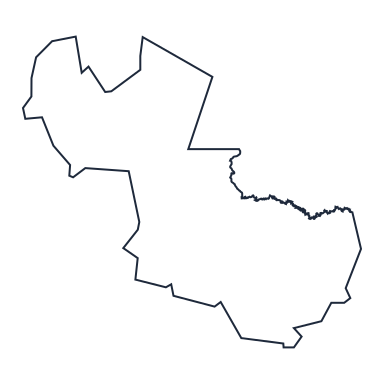 Akobo, Jonglei, South Sudan (orthographic projection)
{"feature_id": "79223893B55602707979350", "entity_name": "Akobo", "entity_type": "district", "adm_level": 2, "iso_a3": "SSD", "parent_name": "South Sudan", "parent_adm1": "Jonglei", "projection": "orthographic", "projection_center": [33.191, 7.816], "detail": "fine", "context": "isolated", "style": "outline", "palette": "slate", "viewbox_px": 384, "rotation_deg": 0, "n_neighbors": 0, "source": "geoboundaries", "source_scale": "gbopen_adm2", "svg_char_len": 6051}
<svg xmlns="http://www.w3.org/2000/svg" viewBox="0 0 384 384"><path d="M283.6,347.4L293.9,347.4L301.6,336.6L293.9,328.1L321.4,321.2L331.3,302.8L344.2,302.8L350.3,298.1L345.7,288.2L361.0,248.9L352.2,211.6L352.2,212.1L351.4,212.0L350.6,212.1L350.0,211.9L349.9,211.3L350.2,210.8L349.9,210.4L349.2,210.6L349.1,210.2L349.6,209.5L349.1,209.4L349.0,209.0L348.7,208.7L348.4,208.8L347.9,209.2L347.4,209.0L346.8,208.6L346.8,208.1L346.3,208.2L346.0,208.7L345.3,208.6L345.2,208.1L344.6,207.8L344.4,208.4L344.7,209.1L344.3,209.6L343.5,209.8L343.2,209.5L342.7,209.4L342.8,210.9L342.7,211.5L341.8,211.1L341.4,210.5L341.2,209.9L341.3,209.4L340.7,208.7L340.1,208.3L339.7,208.7L338.9,209.1L338.5,208.7L338.2,208.2L337.8,207.5L337.6,207.0L337.1,207.3L335.5,206.7L335.4,207.5L336.1,208.0L336.0,208.4L335.3,208.8L335.0,209.9L334.2,210.0L334.3,210.9L334.2,211.4L333.3,211.6L333.0,211.0L331.1,211.5L330.0,211.0L329.7,211.4L330.0,212.1L330.1,212.8L329.4,213.2L328.8,213.3L328.5,212.9L327.9,212.9L327.6,213.4L327.3,212.9L326.8,212.5L326.8,211.0L326.2,210.9L325.4,211.1L325.3,211.7L324.9,211.7L324.9,210.9L324.6,210.2L324.2,210.6L324.4,211.5L324.4,212.0L323.4,212.8L322.6,213.4L321.3,212.9L320.6,213.0L320.7,213.9L320.1,214.2L320.1,214.5L320.6,214.9L320.4,215.2L320.1,215.7L319.9,216.0L319.3,215.8L318.8,215.8L318.8,215.6L318.8,215.1L318.9,214.7L317.7,214.5L317.5,213.8L316.9,213.9L316.7,213.7L316.9,213.6L316.9,213.3L316.7,213.3L316.4,214.1L316.3,214.7L316.2,215.2L315.9,215.6L315.7,216.3L315.3,216.4L315.7,216.8L316.1,216.8L316.4,216.9L316.1,217.1L315.3,217.0L314.9,216.8L314.4,216.5L314.0,216.5L314.0,216.8L314.3,217.2L314.8,217.6L315.0,218.0L314.6,218.5L314.4,218.9L314.0,218.9L313.9,218.4L314.1,217.9L313.6,217.6L313.3,217.3L313.1,217.1L312.5,217.8L312.0,217.9L311.7,217.7L311.6,218.0L311.5,218.4L311.2,218.4L311.0,218.1L310.6,217.8L310.1,217.8L310.0,218.3L310.3,218.9L310.1,219.0L309.5,218.7L309.1,218.6L308.9,218.4L309.1,218.0L309.5,217.6L309.5,217.2L309.4,216.7L309.0,216.2L309.3,215.9L309.3,215.6L308.9,215.2L308.4,215.0L308.2,214.6L308.5,214.2L308.6,213.2L308.1,213.0L307.8,213.4L307.7,213.8L307.9,214.4L306.5,214.4L306.1,213.6L305.6,213.7L305.6,214.5L305.3,214.7L305.1,213.8L305.4,213.3L305.4,212.8L305.4,212.5L305.1,212.2L304.9,212.2L304.6,212.5L304.5,212.3L304.8,211.8L305.1,211.3L305.1,210.9L304.9,210.6L305.1,210.3L304.9,210.1L303.4,210.7L303.3,211.3L303.7,211.8L304.0,211.8L304.2,212.0L303.9,212.2L303.4,212.4L303.0,212.3L302.2,211.0L302.3,210.6L302.7,210.3L303.1,209.8L303.5,209.5L303.7,209.2L303.6,208.9L303.3,208.7L302.6,208.7L302.0,209.1L301.5,209.6L300.9,209.8L300.7,210.4L300.5,210.5L300.2,210.1L300.2,209.7L299.6,209.7L299.5,209.3L299.6,209.1L300.5,208.9L300.8,208.6L300.3,207.9L299.7,207.7L299.6,208.0L299.2,208.7L298.6,209.0L298.2,208.8L298.2,208.2L298.5,207.6L298.5,207.1L298.3,207.0L297.8,207.0L296.8,207.9L296.2,207.9L296.6,207.5L296.3,206.7L296.3,206.1L295.9,206.1L295.6,206.5L295.2,206.5L295.4,206.1L295.4,205.7L295.2,205.5L294.6,205.8L294.2,205.5L293.9,205.0L293.6,204.8L293.5,205.9L293.0,205.7L292.4,204.8L292.6,204.5L293.1,204.3L293.1,203.9L292.8,203.5L291.8,202.9L291.8,202.6L291.1,203.1L291.1,202.7L291.3,202.2L292.0,201.7L291.0,201.2L290.4,201.1L290.2,201.5L290.3,202.0L290.1,202.0L289.6,201.8L289.2,200.8L288.4,200.8L287.9,200.2L287.7,200.8L287.9,201.3L287.8,201.9L286.5,201.6L286.5,202.0L286.6,202.7L286.0,202.6L285.7,202.8L285.8,203.1L285.9,204.0L285.3,203.8L284.9,203.5L284.3,202.9L283.7,202.8L283.5,202.4L282.8,202.3L282.5,202.8L282.0,203.0L281.7,202.8L281.7,202.5L282.0,202.0L282.5,201.8L282.4,201.5L281.7,201.3L281.2,201.7L281.1,202.3L280.8,202.5L280.6,202.2L280.6,201.5L280.4,200.8L279.6,200.1L278.7,200.1L277.7,199.9L277.1,200.2L276.5,200.2L276.2,199.9L276.3,198.7L275.9,198.4L275.2,198.2L274.9,198.8L274.4,198.9L273.8,198.4L273.7,197.8L273.8,197.3L274.3,196.7L273.9,196.4L273.3,196.6L273.0,197.2L272.8,198.3L272.5,198.4L272.0,197.5L272.0,197.1L272.6,196.8L272.7,196.4L272.1,196.3L271.4,196.3L270.6,195.9L270.0,195.4L269.8,195.8L269.7,196.6L269.2,197.3L268.9,198.4L268.3,198.8L267.6,198.6L267.4,198.4L267.0,198.4L266.3,198.7L266.1,199.0L265.3,198.4L264.7,198.7L264.6,199.4L264.3,199.5L263.9,198.6L263.5,198.5L262.2,199.5L261.8,199.3L262.0,198.9L261.6,198.7L260.9,198.7L260.2,199.1L259.1,199.3L258.6,199.7L258.4,200.2L257.9,200.0L257.3,200.4L257.1,200.9L256.3,200.9L255.0,200.1L256.2,199.4L256.2,198.8L256.5,197.8L256.3,197.4L255.9,197.7L255.2,197.9L254.5,197.8L253.6,196.8L253.5,196.3L253.5,195.7L253.2,195.4L252.5,195.6L251.9,196.7L251.5,196.9L251.0,197.1L250.4,197.2L249.6,196.7L249.1,196.9L248.8,197.2L247.9,197.4L248.0,197.8L247.4,198.0L246.7,197.8L246.5,198.2L245.9,198.3L245.5,197.9L245.3,197.4L245.2,196.8L244.8,196.9L244.1,197.8L244.1,198.3L243.9,198.3L243.4,198.2L243.2,198.0L242.5,198.0L242.1,198.4L241.7,198.4L241.6,197.4L241.6,197.1L241.9,197.1L242.3,196.7L242.4,196.3L242.2,195.7L242.2,195.0L242.2,193.4L241.9,192.6L240.3,191.5L240.0,190.9L239.3,190.6L238.0,189.2L237.3,188.8L236.5,187.3L235.6,186.3L234.9,184.9L234.7,184.2L234.2,184.0L233.5,183.2L231.9,182.1L231.5,181.6L231.4,181.1L231.4,179.1L231.2,178.4L230.6,178.1L230.2,177.5L230.6,176.8L230.9,176.0L231.3,175.5L231.4,173.4L231.7,173.2L232.3,173.2L233.0,173.7L233.7,173.6L234.1,173.4L234.3,173.0L234.2,172.4L233.9,171.8L232.3,170.4L231.5,168.5L230.6,167.8L230.2,167.2L230.2,166.6L230.5,165.9L231.2,164.7L231.6,164.1L231.6,162.6L231.4,161.7L231.2,161.1L230.6,160.8L230.1,160.7L230.8,159.1L231.4,158.9L232.2,158.5L232.7,158.0L233.1,157.6L233.3,157.1L233.8,156.7L234.7,156.5L236.6,156.2L237.5,155.8L238.2,155.3L238.6,154.8L239.1,154.7L239.8,154.1L240.2,153.0L240.2,151.9L240.2,151.1L239.3,149.7L239.0,149.1L188.3,149.1L212.4,76.9L142.7,37.1L140.3,56.0L140.3,69.8L111.3,91.3L105.2,92.0L88.5,66.6L81.7,72.8L75.7,36.6L52.1,41.2L36.1,57.3L31.5,78.1L31.4,96.5L23.0,108.0L25.3,118.8L42.0,117.3L53.4,145.7L70.1,165.0L69.3,175.7L73.1,177.3L85.3,168.1L128.7,171.2L139.3,222.0L137.8,229.7L123.3,248.1L137.7,258.1L135.4,279.6L165.9,287.3L171.2,284.3L173.5,295.8L214.6,306.6L220.7,302.0L241.3,338.1L283.3,343.5L283.6,347.4Z" fill="none" stroke="#1e293b" stroke-width="2"/></svg>